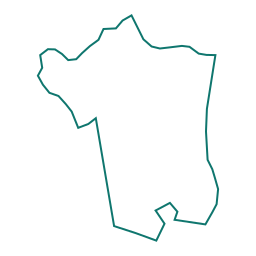 outline of Lindolfo Collor, Rio Grande do Sul, Brazil
{"feature_id": "56859067B65739017746258", "entity_name": "Lindolfo Collor", "entity_type": "district", "adm_level": 2, "iso_a3": "BRA", "parent_name": "Brazil", "parent_adm1": "Rio Grande do Sul", "projection": "natural_earth1", "projection_center": [-51.223, -29.584], "detail": "fine", "context": "isolated", "style": "outline", "palette": "teal", "viewbox_px": 256, "rotation_deg": 0, "n_neighbors": 0, "source": "geoboundaries", "source_scale": "gbopen_adm2", "svg_char_len": 681}
<svg xmlns="http://www.w3.org/2000/svg" viewBox="0 0 256 256"><path d="M205.4,224.4L212.3,212.3L216.6,204.2L218.1,189.1L215.0,178.2L212.3,169.2L207.6,159.8L206.0,131.5L206.9,108.9L215.4,55.1L206.4,54.9L198.7,53.6L189.5,46.8L181.9,45.9L169.5,47.4L159.9,48.5L151.6,46.5L143.4,39.3L131.5,15.4L122.6,20.5L115.9,28.4L103.5,29.0L98.5,39.8L89.9,46.1L82.1,53.1L76.2,59.2L68.2,60.1L62.0,54.0L55.0,49.4L47.9,49.2L40.2,55.1L42.2,67.8L37.9,75.7L42.9,84.7L49.4,92.8L58.5,96.0L65.8,104.1L71.7,111.6L78.2,127.8L88.3,124.0L95.8,118.2L114.1,226.1L135.7,233.1L156.3,240.6L164.5,223.7L155.6,210.5L169.9,202.9L177.4,211.7L174.6,219.8L205.4,224.4Z" fill="none" stroke="#0f766e" stroke-width="2"/></svg>